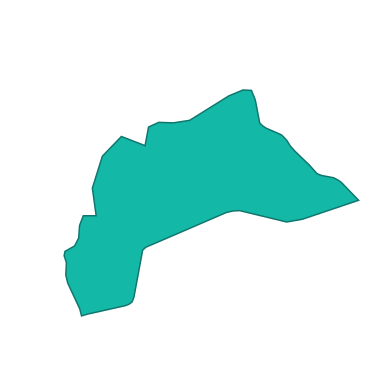 the Parish of Hanover, rotated 337°
{"feature_id": "JAM-1371", "entity_name": "Hanover", "entity_type": "Parish", "adm_level": 1, "iso_a3": "JAM", "parent_name": "Jamaica", "parent_adm1": "", "projection": "equal_earth", "projection_center": [-78.136, 18.373], "detail": "fine", "context": "isolated", "style": "filled", "palette": "teal", "viewbox_px": 384, "rotation_deg": 337, "n_neighbors": 0, "source": "natural_earth", "source_scale": "10m", "svg_char_len": 801}
<svg xmlns="http://www.w3.org/2000/svg" viewBox="0 0 384 384"><g transform="rotate(337 192 192)"><path d="M41.9,262.9L43.0,255.9L42.0,227.2L43.4,219.1L48.8,207.9L49.4,200.7L51.9,197.0L62.8,195.8L69.7,190.1L75.4,178.9L82.6,171.4L94.5,176.4L101.8,149.5L123.5,124.0L148.7,113.3L166.9,131.0L177.4,115.2L188.6,114.9L201.7,121.0L217.8,125.1L263.5,117.9L278.8,118.0L286.4,121.7L286.3,130.7L285.9,133.6L281.3,154.9L282.6,158.2L285.0,162.0L296.5,174.2L297.7,176.8L299.4,181.4L300.5,188.2L302.5,194.2L310.5,213.0L314.0,223.3L315.5,225.3L318.0,227.6L327.9,234.2L331.4,238.5L333.2,241.5L342.1,264.7L282.9,260.2L267.4,256.6L228.5,227.7L222.3,225.5L215.7,224.3L127.9,224.8L123.9,226.2L97.4,266.2L93.9,269.8L90.2,270.7L86.4,270.6L48.2,263.6L41.9,262.9Z" fill="#14b8a6" stroke="#0f766e" stroke-width="1.5"/></g></svg>